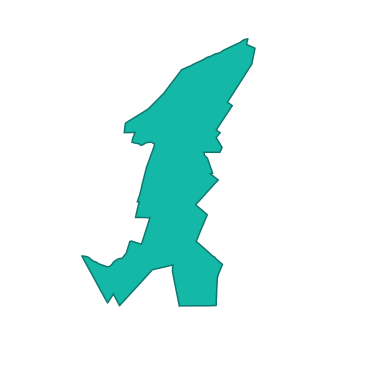 Silistea, Teleorman, Romania (orthographic projection), rotated 327°
{"feature_id": "2599482B30575359453223", "entity_name": "Silistea", "entity_type": "district", "adm_level": 2, "iso_a3": "ROU", "parent_name": "Romania", "parent_adm1": "Teleorman", "projection": "orthographic", "projection_center": [25.348, 44.369], "detail": "fine", "context": "isolated", "style": "filled", "palette": "teal", "viewbox_px": 384, "rotation_deg": 327, "n_neighbors": 0, "source": "geoboundaries", "source_scale": "gbopen_adm2", "svg_char_len": 5758}
<svg xmlns="http://www.w3.org/2000/svg" viewBox="0 0 384 384"><g transform="rotate(327 192 192)"><path d="M322.2,93.9L321.3,93.6L320.6,93.3L319.8,93.0L319.1,92.8L318.5,92.7L318.0,92.6L317.6,92.6L316.3,92.6L314.3,92.8L313.9,92.7L311.8,92.5L306.3,91.7L304.8,91.5L303.1,91.3L297.3,90.5L296.3,90.3L294.6,90.3L292.1,90.4L291.2,90.3L290.7,90.2L288.5,89.5L287.3,89.1L286.6,88.9L281.9,88.3L280.9,88.2L280.1,87.9L279.1,87.6L278.3,87.4L277.6,87.3L276.5,87.2L275.2,87.2L274.0,87.2L268.6,86.5L267.9,86.4L267.5,86.3L262.4,85.6L259.5,85.5L258.3,85.2L256.9,84.9L251.4,84.1L250.1,83.9L249.9,83.8L249.6,83.9L247.6,84.7L243.0,86.3L237.8,88.2L235.3,89.1L233.5,89.7L230.2,90.9L226.9,92.1L222.8,93.6L221.5,94.0L219.8,94.3L215.9,95.2L213.3,95.8L212.3,96.0L208.1,96.9L204.7,97.6L200.4,98.5L200.1,98.5L198.5,98.5L192.4,98.4L187.0,98.3L179.6,98.1L175.8,98.0L174.4,98.0L174.2,98.0L173.9,98.1L173.2,98.5L172.8,98.9L167.5,105.3L170.2,107.0L174.0,109.4L176.8,111.1L176.7,111.2L176.5,111.3L176.1,111.4L175.9,111.5L175.6,111.7L174.3,112.8L173.6,113.3L172.6,113.9L172.1,114.3L171.8,114.6L170.5,115.7L170.5,115.8L168.7,117.6L171.4,120.5L173.5,122.4L173.8,122.7L173.9,122.9L174.0,123.1L174.0,123.4L174.0,123.8L174.0,124.0L174.7,124.9L175.1,125.2L175.8,125.5L177.1,125.6L178.6,125.7L179.7,125.7L180.3,125.7L180.6,125.7L180.8,125.8L181.6,126.3L182.0,126.6L182.9,126.9L183.9,127.3L184.2,127.5L184.9,128.1L185.4,128.7L185.5,128.9L185.7,129.3L185.9,129.9L186.1,130.2L186.8,131.0L186.7,131.3L186.3,131.8L185.9,132.2L185.1,133.0L184.6,133.4L184.2,133.7L183.8,134.1L182.7,134.9L181.8,135.6L180.1,136.9L177.5,138.8L172.1,143.0L170.9,143.8L168.3,145.7L167.7,146.1L164.7,148.9L164.0,149.5L163.5,150.0L162.9,150.6L160.5,152.8L159.9,153.4L159.6,153.7L159.2,154.1L158.5,154.6L157.8,155.3L157.4,155.7L157.2,156.0L156.9,156.2L156.5,156.5L156.0,156.9L155.4,157.4L155.2,157.7L154.8,158.1L154.5,158.3L154.3,158.4L154.2,158.6L153.9,158.9L152.5,160.3L150.9,161.9L150.2,162.6L147.3,165.2L146.6,166.0L144.3,167.7L140.8,170.4L142.3,171.4L139.4,174.2L137.0,176.5L133.1,180.3L132.0,181.4L130.8,182.6L133.0,184.1L137.9,187.3L140.5,189.2L142.7,190.6L140.2,192.7L138.4,194.2L135.6,196.5L130.8,200.4L128.1,202.6L125.8,204.5L121.8,207.7L121.2,208.2L119.1,205.8L117.5,203.9L116.7,202.9L115.5,201.4L115.0,200.8L114.5,200.2L114.3,200.0L114.1,199.9L113.9,199.9L113.3,199.9L112.9,199.8L112.7,199.7L112.5,200.0L111.8,200.6L110.0,202.2L109.2,202.8L107.0,204.6L105.5,205.8L104.7,206.6L104.2,207.0L103.9,207.2L103.1,207.7L102.7,207.9L102.5,208.0L102.4,207.9L101.2,208.2L99.1,209.0L98.8,209.1L98.2,209.2L97.7,209.3L97.4,209.4L97.1,209.5L96.8,209.5L96.5,209.4L96.4,209.3L96.2,209.2L95.5,208.6L95.4,208.5L95.1,208.4L94.6,208.2L93.6,208.0L92.8,207.9L92.4,207.8L92.0,207.8L90.8,207.8L90.1,207.9L88.9,207.9L88.3,208.0L87.9,208.1L87.4,208.3L86.2,208.8L85.7,209.0L84.6,209.3L84.2,209.3L83.9,209.4L83.5,209.5L83.2,209.5L82.8,209.5L82.5,209.4L82.2,209.4L81.5,209.2L81.3,209.1L80.3,208.6L80.0,208.2L79.7,207.9L79.3,207.5L78.6,206.6L77.8,205.5L77.0,204.5L76.6,203.9L76.3,203.5L76.0,203.1L75.7,202.7L75.3,202.3L75.1,202.0L74.8,201.6L74.4,200.9L74.2,200.3L73.9,199.5L73.7,199.0L73.6,198.8L73.3,198.4L72.7,197.6L72.2,197.1L72.0,196.9L71.9,196.8L71.8,196.5L71.7,196.2L71.3,195.1L71.0,194.4L70.7,193.8L70.6,193.6L70.4,193.0L70.3,192.2L70.2,191.8L69.8,191.0L69.2,189.8L68.9,189.4L68.8,189.2L68.6,189.0L68.3,188.7L68.0,188.5L67.8,188.2L67.3,187.7L66.9,187.3L66.4,186.9L65.2,185.9L64.9,185.7L64.8,185.8L64.7,186.4L64.4,190.3L63.5,201.9L63.3,205.5L62.5,215.4L62.2,219.1L61.9,222.7L61.6,226.0L61.5,228.4L61.4,229.8L61.3,231.1L61.1,233.5L61.0,235.6L60.8,238.3L60.8,238.7L60.8,238.8L60.9,239.0L62.7,238.2L64.9,237.2L66.5,236.5L68.0,235.9L69.4,235.3L70.5,234.7L70.5,235.1L70.4,235.6L70.3,236.5L70.3,237.0L70.2,238.3L70.1,239.0L70.0,240.6L69.8,242.4L69.6,245.1L69.5,246.2L69.4,246.7L69.4,247.8L100.5,239.8L116.4,235.6L136.4,242.9L134.1,245.3L132.4,248.1L132.0,248.9L129.6,254.7L119.3,280.7L119.5,280.7L119.6,280.8L121.4,281.9L123.2,283.1L124.6,283.9L126.0,284.9L128.2,286.4L129.5,287.1L130.6,287.8L131.8,288.6L134.3,290.3L135.7,291.1L136.6,291.8L138.9,293.2L140.1,294.0L141.2,294.8L142.1,295.2L144.3,296.7L145.0,297.1L146.0,297.6L146.2,297.8L146.7,298.2L147.3,298.5L147.7,298.7L148.3,299.1L149.7,299.9L149.9,300.0L150.1,300.1L150.3,300.2L150.5,300.2L150.9,299.9L151.2,299.3L151.6,298.8L152.2,297.8L152.6,297.2L153.5,295.9L155.2,293.5L155.4,293.2L155.6,293.0L155.7,292.9L156.0,292.8L155.9,292.6L156.0,292.4L156.2,292.0L157.0,291.0L160.1,286.6L160.5,286.0L161.5,284.8L164.6,280.4L165.6,279.0L166.8,277.6L167.4,277.1L169.1,275.5L178.1,269.4L177.6,267.7L176.7,264.5L176.3,263.0L175.8,261.4L175.5,260.3L175.5,260.1L175.5,259.9L175.6,259.3L175.6,259.1L175.6,258.9L175.4,258.7L175.1,258.4L174.9,258.1L174.8,257.9L174.3,256.3L173.5,253.2L173.0,251.3L170.7,243.1L170.1,240.9L169.2,237.8L168.7,236.3L168.6,236.0L168.5,235.8L171.7,233.6L174.1,231.9L176.3,230.4L177.3,229.6L178.4,228.9L179.1,228.4L182.4,226.2L182.9,225.9L183.8,225.3L185.4,224.2L186.7,223.3L187.6,222.6L188.4,222.1L189.1,221.6L189.6,221.3L190.1,221.1L190.4,220.9L190.7,220.7L191.1,220.4L191.6,220.0L192.4,219.3L189.7,210.1L188.1,204.7L189.4,204.3L192.7,203.5L198.2,202.0L200.9,201.3L203.4,200.6L206.1,199.9L208.0,199.4L211.1,198.6L213.3,198.0L215.1,197.5L218.6,196.7L220.5,196.2L217.2,186.5L219.5,187.5L223.4,171.9L222.4,168.0L223.7,165.2L237.0,173.9L241.5,171.0L241.9,159.5L247.9,157.6L246.0,153.2L272.8,141.5L270.6,136.0L312.0,117.2L311.9,117.0L311.7,116.8L312.0,116.9L312.7,116.3L313.6,115.5L314.4,114.6L315.1,113.9L315.9,113.1L316.9,112.0L317.6,111.3L318.2,110.7L318.9,110.1L319.7,109.3L321.2,107.7L322.1,106.9L322.7,106.2L323.1,105.7L319.6,100.2L318.1,98.0L319.1,97.0L319.2,96.8L319.7,96.3L320.2,95.8L320.7,95.4L322.0,94.2L322.2,93.9Z" fill="#14b8a6" stroke="#0f766e" stroke-width="1.5"/></g></svg>